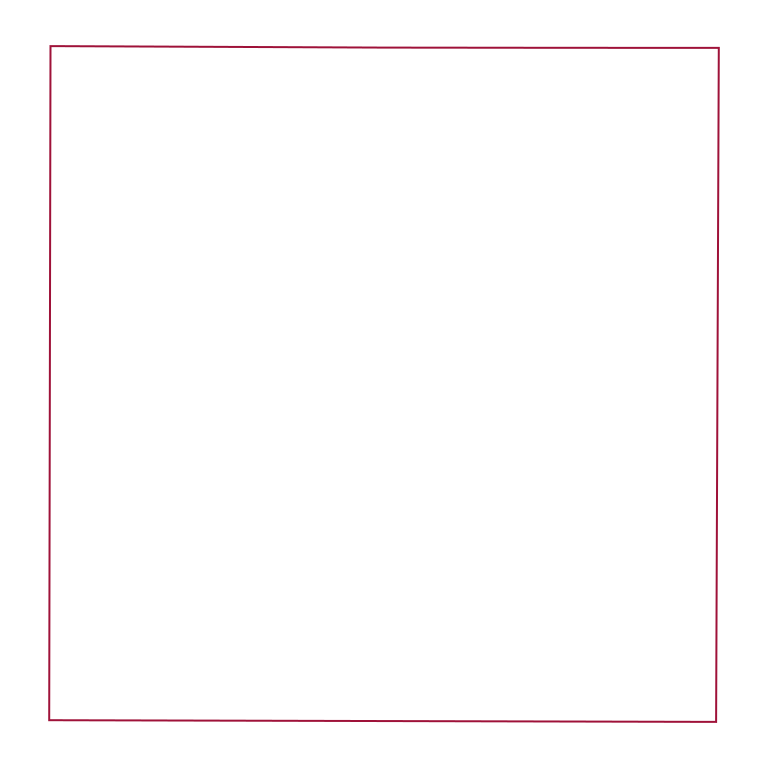 Franklin, Iowa, United States of America (Mercator projection)
{"feature_id": "52423323B30235683377135", "entity_name": "Franklin", "entity_type": "district", "adm_level": 2, "iso_a3": "USA", "parent_name": "United States of America", "parent_adm1": "Iowa", "projection": "mercator", "projection_center": [-93.212, 42.733], "detail": "fine", "context": "isolated", "style": "outline", "palette": "rose", "viewbox_px": 768, "rotation_deg": 0, "n_neighbors": 0, "source": "geoboundaries", "source_scale": "gbopen_adm2", "svg_char_len": 205}
<svg xmlns="http://www.w3.org/2000/svg" viewBox="0 0 768 768"><path d="M716.1,721.9L718.8,47.9L552.2,47.8L384.6,47.6L50.5,46.1L49.2,720.2L716.1,721.9Z" fill="none" stroke="#9f1239" stroke-width="2"/></svg>